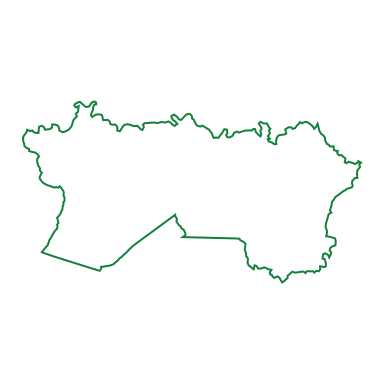 outline of Adrianópolis, Paraná, Brazil
{"feature_id": "56859067B33632920480523", "entity_name": "Adrianópolis", "entity_type": "district", "adm_level": 2, "iso_a3": "BRA", "parent_name": "Brazil", "parent_adm1": "Paraná", "projection": "orthographic", "projection_center": [-48.811, -24.789], "detail": "fine", "context": "isolated", "style": "outline", "palette": "green", "viewbox_px": 384, "rotation_deg": 0, "n_neighbors": 0, "source": "geoboundaries", "source_scale": "gbopen_adm2", "svg_char_len": 5070}
<svg xmlns="http://www.w3.org/2000/svg" viewBox="0 0 384 384"><path d="M341.6,155.0L339.1,155.4L337.2,153.1L337.7,150.9L335.9,150.8L333.9,150.0L333.6,146.3L330.0,146.5L328.6,144.6L327.0,144.0L325.1,140.3L325.1,137.9L323.5,135.6L321.1,133.7L319.5,131.2L318.9,128.8L317.6,123.7L315.8,127.3L314.1,128.8L313.2,127.0L311.9,125.5L309.5,123.6L307.7,122.4L306.3,121.9L304.5,122.1L301.9,123.3L300.0,122.1L298.6,124.2L297.1,125.3L295.1,128.1L292.7,128.9L291.2,127.3L288.4,127.3L286.9,128.4L285.2,129.4L286.3,133.6L284.4,134.5L279.3,135.1L277.5,136.4L276.2,139.8L276.1,142.0L276.3,144.1L274.2,144.1L272.1,142.6L268.7,141.4L267.8,139.2L269.8,138.8L267.9,136.1L270.0,133.2L268.9,130.7L270.4,128.8L269.0,127.3L267.9,125.2L267.2,123.6L263.5,123.4L261.8,122.5L260.3,121.8L258.8,123.6L261.6,128.1L260.5,130.6L260.6,132.5L261.3,134.4L260.4,136.4L258.1,134.5L255.7,131.8L255.2,129.2L253.4,128.9L251.9,130.6L249.4,130.3L247.3,130.6L245.6,130.4L244.0,131.1L241.1,131.7L239.1,132.6L236.7,131.6L234.0,133.0L232.9,135.3L231.8,136.4L228.9,137.5L227.3,137.2L226.1,135.3L227.3,133.2L227.0,129.7L224.3,129.2L222.3,132.9L220.9,134.3L218.5,137.8L216.1,137.5L213.9,138.0L212.6,135.5L211.6,132.9L210.1,131.1L209.1,129.7L207.6,128.8L205.1,127.2L202.1,125.6L200.3,126.6L196.7,125.4L195.4,122.9L194.5,121.3L193.8,119.6L192.2,118.7L191.8,116.0L190.1,114.1L188.1,113.8L186.0,114.8L183.4,117.6L181.1,119.9L179.4,119.6L176.5,116.3L173.9,114.6L171.4,116.1L171.7,118.0L173.0,120.0L174.9,121.2L177.4,123.9L174.5,125.8L172.5,124.7L171.0,122.9L168.4,121.4L165.0,122.6L161.7,121.9L157.6,123.1L155.1,122.6L152.2,122.6L150.6,122.7L148.9,122.9L144.3,123.3L143.0,124.8L143.9,126.9L142.4,130.0L140.5,129.2L139.3,127.7L137.3,125.7L135.0,126.0L133.2,126.1L131.9,125.3L127.6,124.2L124.4,124.9L123.1,126.2L119.8,131.3L117.3,130.6L117.4,127.9L116.5,125.6L114.9,124.5L113.3,124.8L110.4,124.1L109.7,121.5L108.0,120.0L103.2,120.1L101.9,114.9L98.8,114.3L95.6,114.7L92.2,117.0L91.1,115.5L91.2,113.8L92.9,109.9L93.3,106.7L94.2,104.6L96.1,104.4L96.1,102.5L94.5,101.5L92.5,102.1L91.0,103.5L90.2,105.2L88.7,106.6L86.9,107.0L85.4,106.6L83.5,105.1L80.0,101.9L78.4,102.1L77.0,103.0L75.4,103.6L74.3,105.4L75.9,107.4L78.7,106.1L78.0,111.8L75.8,113.7L76.9,116.3L73.8,119.5L72.8,121.7L72.2,124.5L71.4,126.4L69.2,129.2L68.0,130.1L64.2,131.9L62.6,132.2L59.5,130.7L58.8,127.4L57.7,125.4L54.4,124.5L52.3,124.4L52.0,127.6L49.9,129.1L45.0,129.7L43.8,127.0L41.3,125.7L39.0,126.9L38.8,129.4L38.4,133.0L36.0,132.9L33.8,132.2L32.1,130.4L30.3,131.2L27.3,129.7L26.5,132.2L24.1,135.4L23.0,137.4L23.3,141.3L24.1,143.6L24.5,146.1L26.5,147.9L29.1,148.9L29.1,151.0L32.0,151.9L35.1,152.5L37.2,154.0L39.1,156.4L37.3,158.7L37.2,161.6L37.8,164.0L38.2,165.7L40.0,168.3L39.9,170.5L41.8,172.9L40.3,175.6L39.5,177.3L40.3,179.5L42.9,182.7L45.9,184.5L48.1,185.5L50.2,186.0L52.7,187.0L54.4,187.6L55.9,187.1L58.3,187.7L59.6,186.3L60.9,187.3L61.8,189.0L63.4,191.0L63.8,193.0L63.4,195.2L64.5,197.4L64.5,199.2L64.5,201.0L63.4,202.1L63.5,204.5L62.7,206.3L62.4,209.5L61.4,211.1L60.9,212.9L58.8,216.0L57.1,217.8L57.8,220.1L58.4,222.8L57.1,224.7L57.5,226.9L56.9,229.0L55.0,230.7L52.3,235.1L51.4,237.2L49.4,240.0L48.5,242.9L47.6,245.4L45.7,247.4L43.6,249.9L41.9,252.3L52.5,256.0L67.5,260.8L91.5,268.3L94.1,269.1L99.6,270.8L101.2,268.6L101.1,266.8L103.8,266.7L106.2,266.0L108.4,265.9L111.6,265.0L113.7,264.1L115.4,262.4L117.4,260.9L118.4,259.7L119.6,258.4L122.1,256.5L123.4,255.1L125.4,253.5L127.5,251.4L128.8,249.8L131.2,247.6L132.8,246.1L134.1,245.0L175.2,214.8L175.4,216.5L176.9,218.8L176.4,221.5L177.9,223.6L179.2,225.4L180.6,226.3L181.3,228.2L183.7,229.7L184.5,231.4L185.4,233.4L185.4,235.3L182.7,237.1L234.0,238.4L239.4,238.7L240.2,240.1L243.7,242.0L245.5,243.7L245.2,246.6L244.7,249.8L246.1,253.2L246.2,256.3L247.6,257.8L248.0,259.9L247.5,262.5L248.7,265.5L250.4,266.6L252.3,268.3L253.7,269.3L254.6,265.4L256.3,265.9L258.2,268.5L261.1,268.6L264.2,267.4L266.0,268.0L268.1,269.2L271.4,269.8L269.8,272.5L270.2,274.4L271.9,274.9L272.6,276.7L274.4,277.9L275.8,277.0L277.5,276.4L279.4,277.7L282.1,282.5L284.8,280.6L286.1,279.1L287.5,278.3L287.6,275.8L289.1,274.6L290.6,273.2L292.2,271.7L295.4,272.7L300.3,271.9L303.3,271.5L305.4,273.1L306.5,271.5L308.4,271.1L310.3,271.4L312.8,271.2L314.5,272.6L315.9,270.9L319.0,271.2L320.3,268.9L320.0,266.3L321.7,266.3L323.1,267.1L325.8,266.5L325.9,263.5L324.6,259.0L322.5,258.6L323.3,254.0L325.5,253.4L328.1,254.9L329.2,257.5L330.8,254.4L331.2,252.2L329.6,250.2L330.2,248.0L332.1,246.5L335.4,245.4L335.6,243.2L335.7,240.7L335.0,238.4L331.7,237.3L327.8,236.4L326.2,236.2L326.9,233.5L326.9,230.8L325.5,226.4L326.1,223.1L327.2,219.4L328.2,215.7L328.7,214.1L331.3,212.6L329.9,210.5L331.6,205.2L331.9,201.9L334.0,199.4L335.5,196.8L336.9,196.0L342.2,192.0L343.4,191.0L345.3,190.3L346.7,188.9L351.9,187.4L352.7,185.5L352.0,183.4L352.2,180.9L353.6,179.6L354.8,178.1L357.4,177.9L357.1,176.1L357.1,172.7L357.3,170.6L360.0,167.1L359.2,164.0L361.0,162.8L358.3,161.1L356.7,163.3L354.8,164.0L352.9,163.0L350.6,162.4L348.4,161.8L346.4,163.2L344.7,162.3L345.2,160.1L345.4,158.4L343.3,156.8L341.6,155.0Z" fill="none" stroke="#15803d" stroke-width="2"/></svg>